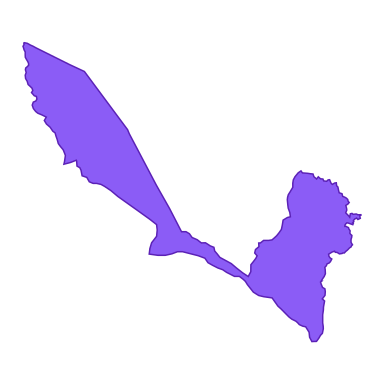 Drouseia, Paphos, Cyprus
{"feature_id": "46923920B78950527939892", "entity_name": "Drouseia", "entity_type": "district", "adm_level": 2, "iso_a3": "CYP", "parent_name": "Cyprus", "parent_adm1": "Paphos", "projection": "natural_earth1", "projection_center": [32.368, 35.007], "detail": "fine", "context": "isolated", "style": "filled", "palette": "violet", "viewbox_px": 384, "rotation_deg": 0, "n_neighbors": 0, "source": "geoboundaries", "source_scale": "gbopen_adm2", "svg_char_len": 3557}
<svg xmlns="http://www.w3.org/2000/svg" viewBox="0 0 384 384"><path d="M301.0,170.9L298.2,172.8L296.4,175.0L295.0,176.7L293.3,179.9L292.8,183.2L292.8,187.3L290.2,191.7L288.3,194.7L287.6,197.2L287.3,199.7L287.8,204.8L288.2,208.1L289.8,212.5L290.4,216.8L287.4,217.5L283.1,220.1L282.3,225.1L281.4,229.4L279.1,232.7L276.6,235.8L274.2,238.0L272.0,239.9L268.7,240.4L263.6,240.4L260.5,242.9L258.7,243.0L258.9,246.7L255.5,249.5L254.7,253.0L257.1,255.8L255.8,258.4L253.3,261.7L250.9,264.7L250.8,271.7L248.2,276.5L242.6,272.8L236.6,268.1L231.3,263.6L219.9,257.4L217.1,253.8L214.7,251.0L213.9,247.3L210.3,245.9L207.4,244.0L205.5,242.8L201.3,242.9L197.2,239.7L192.1,237.5L189.4,233.7L186.0,231.7L181.5,231.7L169.6,208.6L156.3,185.1L129.3,133.8L127.6,129.7L84.4,71.5L69.4,64.5L35.9,47.8L33.0,46.2L30.5,45.1L27.3,43.3L23.8,42.6L23.8,42.4L24.0,44.6L23.0,46.3L23.3,47.1L24.1,49.9L25.2,51.9L25.2,54.7L25.3,57.3L26.5,59.5L27.7,61.5L28.5,63.2L28.6,65.3L27.1,66.8L25.7,68.0L25.4,69.8L26.2,72.5L25.2,75.2L25.6,78.6L27.2,81.3L28.1,84.5L30.0,86.2L32.0,88.2L32.8,90.5L31.5,92.6L34.3,95.8L36.4,96.4L36.9,99.1L35.8,101.0L33.3,102.1L32.2,105.1L33.4,108.6L35.7,111.5L37.8,113.2L42.1,115.0L46.3,117.1L44.3,120.5L46.5,124.1L50.1,127.2L52.8,131.2L55.1,132.9L56.0,136.1L57.2,139.5L58.3,143.6L60.6,146.7L63.2,149.8L64.4,152.8L65.4,155.5L64.5,161.6L63.9,164.2L70.1,162.6L71.5,162.1L76.3,160.2L76.6,160.9L77.0,166.1L79.8,167.7L81.0,170.2L82.1,175.8L86.8,177.4L89.3,181.8L91.9,182.9L93.2,183.4L96.6,183.4L101.0,184.4L104.6,186.4L110.9,190.6L117.9,196.5L138.0,210.8L149.7,219.2L156.6,224.6L157.2,230.0L156.6,236.3L151.6,242.8L149.9,248.5L149.2,254.1L157.8,255.3L165.3,255.3L172.0,253.8L177.5,251.7L182.5,251.7L198.2,255.7L204.9,258.2L208.0,262.7L212.6,265.3L217.9,268.0L222.7,269.7L226.5,272.3L234.5,276.4L239.4,276.4L243.3,279.4L245.4,281.4L247.4,284.6L253.4,292.2L258.7,295.5L263.7,296.7L272.1,297.9L277.9,306.1L281.0,308.9L288.9,316.9L291.7,319.1L295.9,321.2L297.6,322.7L299.3,324.6L302.8,326.2L305.7,326.8L309.1,332.3L309.6,337.3L311.9,341.6L313.0,341.5L316.5,341.4L318.9,338.1L320.5,335.3L321.3,334.5L322.4,333.3L323.3,328.8L323.2,326.3L322.7,322.9L322.7,318.8L322.7,314.8L323.4,310.0L323.5,307.0L324.6,301.0L322.3,298.9L325.0,295.4L325.3,291.7L324.9,288.8L322.5,287.4L321.3,284.4L320.5,282.1L321.5,281.3L321.1,281.3L322.4,279.1L324.2,276.5L325.4,273.7L325.3,271.7L325.2,269.4L324.8,267.4L326.3,265.8L327.1,263.8L329.0,263.1L330.4,261.7L331.8,259.0L330.2,258.0L329.0,256.4L328.6,254.2L332.2,252.0L334.6,251.2L335.3,252.3L337.1,252.4L339.4,253.9L342.1,253.5L342.8,253.0L344.3,253.0L345.8,251.4L347.3,250.2L348.5,249.0L349.5,247.9L351.0,247.0L351.6,245.7L352.5,244.8L351.1,242.5L351.0,240.8L351.1,239.2L351.7,237.3L351.9,235.4L350.6,234.3L349.8,233.1L350.0,232.2L350.1,230.8L348.8,228.8L348.5,227.6L346.8,226.8L345.9,226.3L344.9,226.4L344.9,225.2L345.8,223.8L346.9,222.8L348.4,223.1L352.8,224.7L353.4,223.2L352.7,222.8L353.8,221.5L353.4,220.6L354.6,219.1L356.6,218.1L357.9,219.5L360.3,218.3L360.0,217.3L359.8,215.7L361.0,215.1L360.9,214.7L358.0,214.8L356.3,214.0L353.1,214.3L352.0,213.4L350.3,213.8L349.7,217.2L348.8,216.0L345.7,212.8L346.8,210.1L346.6,208.4L345.8,205.4L347.9,204.1L349.2,202.5L348.1,201.2L347.7,199.4L346.2,198.0L344.6,197.1L342.7,196.4L342.0,193.7L339.2,192.8L338.5,190.1L337.9,187.0L336.6,185.7L336.3,182.8L334.7,183.0L332.3,184.4L331.0,183.1L329.6,179.7L328.1,179.9L326.6,181.3L323.7,180.9L322.9,179.0L320.5,178.8L318.3,176.8L316.6,179.0L313.9,176.7L313.0,174.0L310.2,173.7L307.6,173.3L302.4,172.9L301.0,170.9Z" fill="#8b5cf6" stroke="#5b21b6" stroke-width="1.5"/></svg>